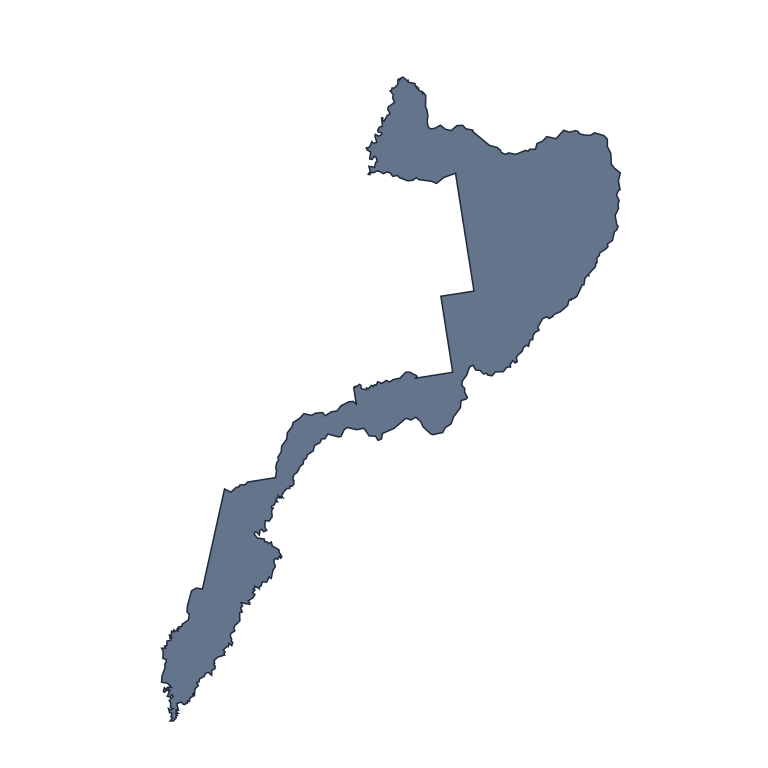 La Paz, Cesar, Colombia (Natural Earth projection), rotated 351°
{"feature_id": "7082276B68584023442252", "entity_name": "La Paz", "entity_type": "district", "adm_level": 2, "iso_a3": "COL", "parent_name": "Colombia", "parent_adm1": "Cesar", "projection": "natural_earth1", "projection_center": [-73.31, 10.11], "detail": "fine", "context": "isolated", "style": "filled", "palette": "slate", "viewbox_px": 768, "rotation_deg": 351, "n_neighbors": 0, "source": "geoboundaries", "source_scale": "gbopen_adm2", "svg_char_len": 6150}
<svg xmlns="http://www.w3.org/2000/svg" viewBox="0 0 768 768"><g transform="rotate(351 384 384)"><path d="M445.4,85.5L444.4,90.2L440.6,93.3L438.2,92.9L437.5,95.1L435.9,95.5L438.4,99.8L437.3,103.0L438.5,107.5L431.5,111.0L430.7,113.6L432.3,118.1L429.2,119.2L425.1,124.5L423.9,123.5L424.4,120.9L423.2,120.8L422.8,129.1L419.6,129.6L417.4,132.4L417.6,134.1L421.0,135.5L420.6,137.3L417.2,138.3L414.5,136.1L413.8,137.7L414.7,144.3L411.5,144.7L409.9,142.7L406.8,147.8L403.4,148.1L403.9,150.1L407.2,152.9L405.0,159.5L407.3,160.4L410.1,157.6L411.7,159.1L412.2,163.1L410.6,163.6L408.5,168.5L403.1,166.6L403.6,172.1L401.2,174.3L402.7,175.1L404.5,173.1L407.3,173.7L409.6,172.6L412.5,173.1L416.3,176.2L419.8,175.1L423.1,176.4L425.1,180.3L429.7,180.1L431.9,182.8L439.2,187.0L444.5,187.4L448.1,185.2L450.2,187.5L462.5,191.2L467.3,194.1L475.3,189.4L487.6,187.0L487.4,306.3L453.9,306.2L453.7,383.2L416.1,383.2L417.8,381.7L417.4,380.8L411.2,376.3L407.5,375.7L400.6,380.7L393.6,381.1L390.0,382.9L386.7,380.8L382.0,383.1L378.2,380.8L375.9,384.0L374.5,383.2L373.3,384.7L371.5,383.4L367.9,386.1L366.1,385.2L365.9,386.8L361.8,385.6L360.7,383.9L361.1,381.8L359.7,380.5L355.8,382.7L355.1,381.7L353.5,382.8L353.4,399.5L350.7,396.3L346.5,396.1L338.0,398.8L333.4,403.3L327.6,403.2L320.9,406.2L318.9,402.6L311.8,402.1L307.4,403.6L300.2,400.8L295.5,404.6L288.2,407.8L286.6,411.6L280.9,417.0L279.3,423.2L273.3,429.2L271.8,434.9L267.8,439.6L267.9,442.9L265.8,444.9L263.9,449.9L264.4,452.4L262.3,459.5L233.7,459.5L231.5,461.7L225.8,461.2L224.9,462.7L221.7,463.0L215.9,466.9L210.1,462.7L172.6,558.1L166.6,556.2L161.5,558.2L155.1,572.4L153.8,578.2L155.6,581.4L153.8,586.5L147.2,589.6L146.4,591.6L143.3,591.7L141.8,593.1L143.4,593.4L141.8,594.5L141.8,595.9L140.7,594.7L138.7,595.8L137.9,594.0L136.9,596.0L135.6,594.9L134.4,599.1L132.2,598.1L133.2,599.3L132.8,601.5L134.6,601.1L133.3,603.7L129.3,604.0L128.6,608.4L126.2,608.6L127.0,610.7L123.0,610.2L124.1,613.2L122.7,620.6L125.6,621.9L125.6,624.3L123.6,626.4L123.3,630.1L119.1,637.5L117.6,643.8L123.3,645.7L126.5,650.3L122.9,649.6L120.9,651.6L119.6,649.6L118.0,652.9L118.8,654.2L122.1,652.2L123.2,653.5L123.9,651.8L124.5,653.2L121.1,658.6L124.0,659.9L124.8,658.0L126.3,657.8L126.8,659.5L122.3,663.1L123.4,665.3L122.5,670.1L124.7,671.5L122.0,672.5L120.4,670.9L120.8,675.2L122.4,675.3L123.0,676.9L121.4,679.3L123.1,680.5L120.0,683.4L123.1,683.9L126.6,681.2L126.6,679.3L128.1,679.0L126.9,677.1L129.2,677.0L127.2,675.5L127.8,674.0L128.3,674.6L129.6,674.2L128.1,673.3L129.9,672.9L129.2,667.4L134.0,666.4L135.7,669.0L137.8,669.3L138.9,667.8L140.0,668.4L140.8,666.3L142.3,667.1L142.8,664.0L147.3,662.2L146.4,660.8L147.3,659.6L148.2,661.4L149.6,655.5L153.4,653.0L152.4,649.6L154.7,649.3L155.8,646.3L160.4,644.9L162.7,641.7L165.3,641.4L168.2,644.7L169.0,640.2L172.6,638.6L173.1,636.1L171.8,633.9L173.0,633.5L173.1,630.4L177.1,627.8L184.4,626.7L183.8,624.9L185.2,623.8L183.6,621.8L187.4,618.9L189.2,619.1L190.2,616.0L192.7,618.6L194.2,615.7L192.9,613.9L193.6,612.1L192.8,608.8L193.7,606.5L198.1,604.4L197.3,602.0L199.0,599.3L204.6,595.3L205.6,587.4L208.3,586.9L207.3,582.7L209.6,581.1L208.7,577.7L216.8,580.6L217.3,579.3L215.8,577.2L221.4,574.4L223.6,571.7L221.3,569.3L224.3,567.5L222.7,566.1L224.6,565.2L224.9,563.4L228.5,566.5L228.2,565.6L231.0,564.3L232.9,560.4L237.2,561.3L240.3,556.7L242.2,558.4L245.0,551.1L248.3,547.0L247.4,543.0L248.3,540.0L250.0,539.4L251.6,540.6L253.5,538.0L254.9,540.0L256.1,538.4L254.7,537.6L255.5,536.5L254.0,534.0L254.4,531.5L248.3,526.4L248.0,522.4L245.0,523.7L244.0,521.8L241.5,521.1L241.5,518.3L234.6,516.3L232.3,511.6L233.3,510.1L235.0,510.3L237.2,513.6L238.6,509.3L240.4,508.3L242.1,511.1L245.3,510.2L243.9,507.0L245.3,500.4L249.1,501.4L252.8,497.6L253.2,491.7L255.1,489.1L253.7,489.0L253.7,487.2L257.0,486.0L258.4,483.0L260.3,483.8L259.5,481.2L261.2,479.2L262.7,480.0L262.3,477.9L264.7,480.4L264.9,479.4L266.3,480.3L265.4,478.5L268.5,474.4L272.3,471.9L274.5,472.5L275.0,470.1L276.9,470.7L279.2,469.1L280.0,465.0L278.8,464.3L280.8,459.6L284.6,457.5L288.4,452.1L291.6,450.4L292.8,446.6L295.6,445.4L297.3,441.9L303.5,439.1L305.9,433.8L311.5,432.0L314.1,428.4L316.9,428.9L320.7,424.7L330.6,429.1L333.4,429.1L337.7,422.6L341.2,421.3L349.9,424.9L357.3,424.7L361.3,433.0L367.5,434.2L369.2,438.6L371.5,438.4L373.0,437.8L374.8,432.6L386.8,429.5L400.3,421.3L405.0,423.8L410.1,421.8L414.2,426.6L416.0,432.5L422.4,440.7L424.1,441.7L434.5,441.1L437.6,436.7L444.0,433.9L447.5,427.5L455.8,419.3L457.5,412.4L462.6,411.8L464.3,410.4L462.4,404.9L463.0,400.9L460.5,397.4L462.1,393.1L467.2,388.0L471.1,380.7L474.8,379.4L476.8,384.6L481.0,385.6L483.8,389.6L487.4,389.7L487.9,391.5L492.1,392.8L495.9,389.5L503.9,390.5L508.1,386.4L511.6,387.1L511.8,384.5L514.8,381.0L516.9,383.8L519.1,382.8L518.8,379.1L520.1,376.9L525.5,373.4L527.4,369.9L530.7,368.0L532.6,369.4L535.0,363.7L537.9,363.3L538.9,359.3L541.1,356.8L545.6,355.1L544.8,351.9L550.9,344.4L555.5,343.0L557.2,345.2L561.5,343.7L562.5,342.0L569.5,340.2L577.6,335.2L580.0,329.9L582.0,330.4L582.3,329.0L584.3,329.5L588.1,327.7L595.1,317.5L597.0,317.3L599.1,310.9L602.0,308.5L603.2,309.2L603.4,307.4L611.3,301.1L612.0,298.2L613.5,297.4L613.9,292.8L616.8,290.7L617.5,288.3L624.9,284.9L626.7,283.3L626.7,280.5L632.0,278.0L635.6,269.4L637.8,268.4L639.9,265.0L638.8,262.7L638.7,253.7L643.2,247.1L643.2,243.3L645.0,239.6L643.2,233.9L645.8,229.6L647.6,229.0L647.3,220.1L650.4,212.5L645.1,206.5L642.9,202.2L644.1,191.7L641.8,184.5L642.9,177.1L640.0,173.0L631.2,168.8L626.7,170.7L620.4,169.3L615.9,167.2L615.4,165.2L612.7,163.7L606.4,164.3L601.1,161.5L592.2,168.6L583.5,165.1L578.7,168.9L572.7,170.4L570.3,175.9L564.6,174.9L563.1,176.6L560.1,175.4L550.3,177.8L543.1,175.2L539.8,176.2L536.0,173.6L535.7,171.5L532.8,168.1L525.5,164.8L511.2,148.6L511.5,147.2L504.7,144.7L502.2,140.8L496.3,140.2L490.0,144.2L484.6,142.1L480.2,137.2L475.0,139.2L470.7,139.5L468.9,138.4L467.7,136.2L467.8,130.7L469.3,126.2L469.3,119.6L468.3,117.2L470.4,105.4L468.4,102.3L467.5,103.0L467.6,101.5L463.9,99.0L464.5,97.2L462.5,96.7L463.2,95.5L461.4,94.4L461.6,92.2L455.1,89.6L455.4,87.8L454.3,88.0L451.1,84.1L449.0,84.1L447.0,86.3L446.6,85.0L445.4,85.5Z" fill="#64748b" stroke="#1e293b" stroke-width="1.5"/></g></svg>